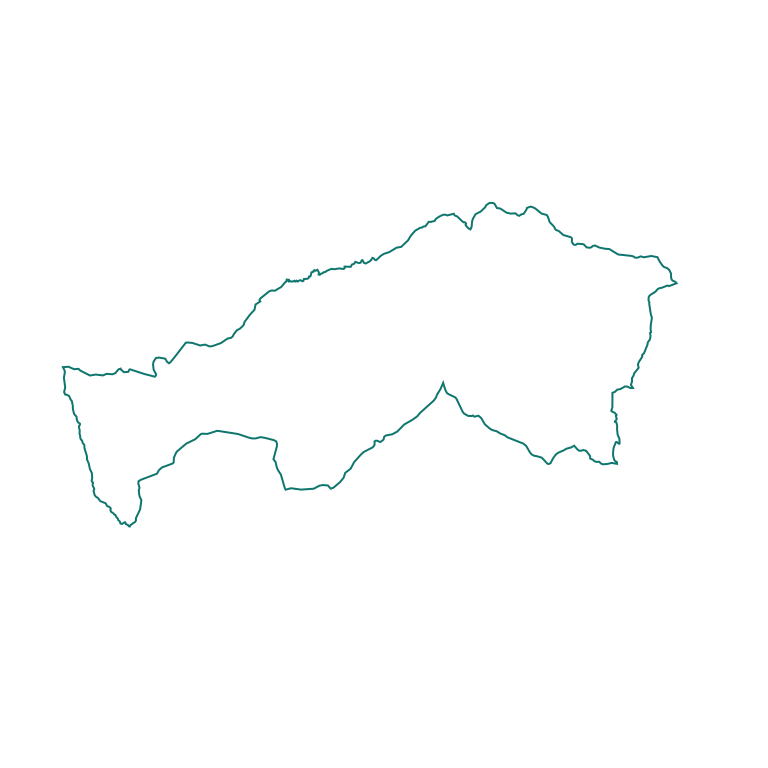 Gameza, Boyacá, Colombia, rotated 163°
{"feature_id": "7082276B32812076646031", "entity_name": "Gameza", "entity_type": "district", "adm_level": 2, "iso_a3": "COL", "parent_name": "Colombia", "parent_adm1": "Boyacá", "projection": "robinson", "projection_center": [-72.725, 5.81], "detail": "fine", "context": "isolated", "style": "outline", "palette": "teal", "viewbox_px": 768, "rotation_deg": 163, "n_neighbors": 0, "source": "geoboundaries", "source_scale": "gbopen_adm2", "svg_char_len": 6145}
<svg xmlns="http://www.w3.org/2000/svg" viewBox="0 0 768 768"><g transform="rotate(163 384 384)"><path d="M85.4,425.3L91.0,428.3L98.4,429.2L101.2,431.0L104.6,430.7L107.0,431.4L107.8,432.7L109.8,434.1L122.2,439.4L129.1,447.2L132.8,448.6L138.3,451.6L141.6,454.7L143.8,455.0L145.6,454.2L147.4,454.1L150.3,455.4L152.0,458.9L152.7,459.5L158.0,461.6L159.8,461.0L161.6,461.6L162.2,462.5L162.8,465.0L161.8,467.8L161.8,468.7L162.5,469.8L169.0,474.1L172.2,479.3L174.4,480.9L175.0,482.1L175.4,484.8L178.2,490.3L178.4,496.2L179.0,498.1L183.5,500.9L188.0,507.6L190.0,509.5L192.0,510.8L195.8,510.6L196.7,509.2L200.5,506.0L203.4,506.0L205.5,505.3L206.8,506.2L208.4,508.8L213.0,509.9L216.8,512.1L221.6,517.9L224.5,519.2L225.7,524.3L227.3,525.4L230.1,526.3L234.1,525.1L235.6,523.4L241.0,520.7L246.8,519.6L250.8,515.9L252.3,513.5L254.2,508.8L256.1,506.6L257.7,508.1L259.4,511.6L259.4,512.5L258.6,513.3L258.9,514.5L259.5,515.1L260.5,515.3L261.7,516.8L264.9,522.7L267.2,524.6L267.5,526.4L274.2,526.7L275.3,527.7L277.4,528.5L280.9,528.2L284.2,527.4L286.3,526.6L287.9,525.1L292.1,525.4L293.8,526.0L298.3,522.7L300.3,523.1L301.5,522.5L303.8,522.8L309.3,521.5L315.1,517.9L319.1,514.3L327.5,510.1L332.2,510.7L340.4,508.6L346.0,508.5L349.4,507.6L355.2,504.7L356.2,505.1L357.2,507.3L358.2,508.0L360.2,506.2L362.0,505.4L366.3,504.6L367.6,505.5L368.4,508.7L369.1,508.8L370.7,507.0L371.6,506.8L373.0,507.2L375.7,509.2L377.5,507.7L379.8,507.6L381.5,505.8L387.4,507.8L387.9,506.2L388.9,505.8L393.3,507.7L397.6,508.2L400.8,509.5L405.9,508.9L407.3,508.3L409.3,508.5L410.2,507.9L412.0,507.9L413.5,507.2L414.5,507.8L413.9,508.6L413.7,510.0L414.3,512.7L416.4,512.3L417.2,513.2L418.2,513.0L418.6,512.0L420.7,512.0L422.6,508.8L423.2,508.4L424.3,508.7L425.1,507.4L426.4,507.0L430.0,507.8L430.9,506.2L431.7,506.0L433.6,507.7L434.6,507.8L436.5,507.2L437.5,508.4L438.5,507.8L439.0,507.9L439.4,508.9L441.9,508.7L443.1,509.5L444.9,509.7L445.2,510.2L444.3,510.8L444.4,511.4L446.5,512.3L447.6,510.5L448.9,510.1L454.0,506.8L461.2,505.1L464.0,506.3L466.9,506.1L477.3,501.9L478.6,500.6L478.2,499.1L483.6,497.6L486.1,492.9L491.9,489.5L499.3,484.1L500.7,481.8L502.0,480.8L505.5,479.1L509.2,478.3L513.0,475.6L514.6,473.9L516.5,472.9L520.3,473.2L528.0,470.8L537.0,470.4L539.8,470.9L543.6,474.0L548.6,474.6L555.2,479.3L559.4,481.0L561.5,481.4L577.4,470.2L581.7,467.4L583.5,466.7L584.9,468.4L585.8,472.2L591.5,475.1L594.6,475.5L598.0,472.5L599.2,470.1L600.1,465.1L599.1,459.8L599.8,458.7L601.0,458.0L610.2,463.6L622.6,472.3L623.1,472.3L625.1,470.4L629.2,471.3L631.4,474.8L631.4,475.7L633.6,475.6L637.9,472.9L640.9,472.7L646.3,474.8L650.3,474.4L656.9,477.3L662.7,478.1L670.6,485.7L671.7,487.8L676.1,488.8L680.6,492.7L686.1,494.0L685.5,490.3L685.7,488.7L688.3,483.5L689.9,473.8L692.3,469.8L691.9,467.0L690.5,466.5L688.6,464.5L688.2,460.8L687.5,458.8L688.0,454.0L688.8,451.2L689.1,446.7L688.9,445.3L687.6,442.7L688.2,439.5L688.1,438.1L687.7,436.7L686.4,435.0L686.7,433.9L688.0,432.9L688.3,431.8L688.7,428.0L689.7,425.6L689.7,423.1L690.2,421.5L690.1,419.6L689.3,418.3L689.4,415.9L688.4,413.2L689.2,410.4L689.2,401.9L690.1,398.6L689.6,394.5L690.1,388.4L689.4,384.4L690.4,379.8L691.8,377.0L691.8,375.9L691.1,374.7L692.1,372.9L692.3,371.7L691.7,368.9L691.9,368.0L693.0,366.8L693.2,362.4L692.4,360.4L690.8,358.5L689.7,355.1L685.1,351.3L684.4,348.1L682.8,347.0L681.8,345.5L681.8,344.5L682.5,343.5L682.4,341.7L680.5,339.3L680.1,338.0L679.2,337.4L678.9,335.1L677.9,333.2L677.9,331.5L676.9,330.0L676.8,327.6L675.5,326.8L672.1,327.6L671.8,326.9L671.8,325.5L670.1,324.1L669.8,322.9L669.1,322.5L669.4,321.5L667.7,323.2L662.4,324.9L661.1,326.0L660.5,328.2L653.9,335.4L650.0,343.8L650.6,348.1L650.2,351.2L649.5,354.2L648.2,356.2L648.0,360.7L647.2,362.8L644.4,363.5L627.4,364.6L624.4,367.4L620.7,369.1L609.2,369.8L608.0,370.6L606.5,374.9L602.8,379.2L601.7,380.0L590.6,384.8L580.6,386.4L573.9,389.6L572.6,389.7L567.4,387.9L557.1,388.0L538.3,378.9L528.2,371.7L525.3,370.2L522.5,369.5L517.7,369.3L514.1,367.6L505.7,362.5L503.9,360.7L503.8,358.2L504.6,355.8L511.7,344.4L510.5,341.1L510.9,335.8L510.6,332.7L509.1,327.5L509.3,313.7L509.0,311.7L503.4,311.5L494.3,307.3L481.8,304.4L475.7,305.6L472.3,305.3L467.3,303.4L465.6,299.5L462.8,299.6L454.7,303.0L450.0,306.2L447.0,310.4L440.6,312.8L435.3,318.1L426.3,323.5L423.3,324.9L413.5,326.7L412.2,327.4L410.8,328.6L409.8,331.9L408.5,332.2L407.2,331.8L404.8,329.8L403.8,329.7L400.7,331.0L399.2,333.5L397.5,334.2L390.7,333.5L385.3,334.6L376.4,339.4L367.9,341.3L361.8,343.3L357.8,345.9L341.2,353.6L338.3,355.8L336.4,358.3L331.5,362.6L327.1,367.8L327.1,360.7L326.5,357.1L325.4,355.6L320.0,350.6L319.1,349.0L316.9,334.5L316.2,332.5L312.9,328.9L309.5,327.7L308.3,327.9L307.0,326.3L303.0,326.1L301.0,323.0L299.3,315.9L295.7,310.2L293.8,308.2L290.1,305.9L287.3,302.7L283.5,299.7L281.4,296.8L268.1,286.2L266.1,283.1L264.6,276.6L263.5,273.6L261.2,271.3L259.8,270.8L254.6,267.4L251.0,260.0L249.9,259.3L247.9,259.6L243.8,263.7L240.6,266.1L237.8,267.3L231.6,268.0L228.4,268.8L223.7,268.6L220.2,269.4L218.1,264.8L216.8,263.1L214.9,262.5L212.7,262.6L210.2,261.0L208.0,254.9L208.6,252.4L206.5,250.6L205.1,248.4L203.6,247.4L200.9,246.7L199.9,244.7L198.2,243.2L193.6,242.2L189.4,242.0L184.5,239.5L184.1,241.2L185.5,242.8L186.1,244.4L185.8,248.7L184.9,251.7L183.1,255.8L179.3,260.6L178.6,260.6L176.7,258.1L176.1,258.2L174.9,262.9L175.4,267.3L174.2,273.2L173.3,275.6L173.0,278.8L173.1,279.5L174.1,280.1L174.2,280.6L171.7,282.3L171.6,285.7L170.6,286.4L171.8,289.0L173.8,290.8L174.5,292.0L172.5,294.7L168.1,308.8L165.7,308.9L162.6,310.4L159.5,310.0L154.3,311.2L152.3,310.5L149.4,308.0L147.1,307.3L148.1,311.0L146.1,313.8L145.2,317.0L142.7,319.3L141.7,321.0L135.7,325.1L135.5,328.4L133.7,330.7L129.0,334.6L128.8,336.0L128.3,336.6L126.5,337.2L120.6,344.5L119.6,346.6L116.9,348.7L115.9,350.2L115.0,352.3L114.7,355.0L113.4,355.6L113.1,358.2L111.6,362.5L108.5,368.8L108.4,373.1L106.9,383.3L106.3,384.5L106.6,386.6L105.5,389.7L104.7,390.5L103.1,391.4L97.4,392.9L94.6,394.7L92.6,395.1L90.3,394.8L84.2,395.3L82.9,394.3L74.8,394.8L75.4,396.4L77.9,398.6L78.4,400.1L78.3,402.2L77.2,405.7L77.9,409.8L79.4,412.1L81.9,413.9L83.1,416.0L84.6,420.5L85.4,425.3Z" fill="none" stroke="#0f766e" stroke-width="2"/></g></svg>